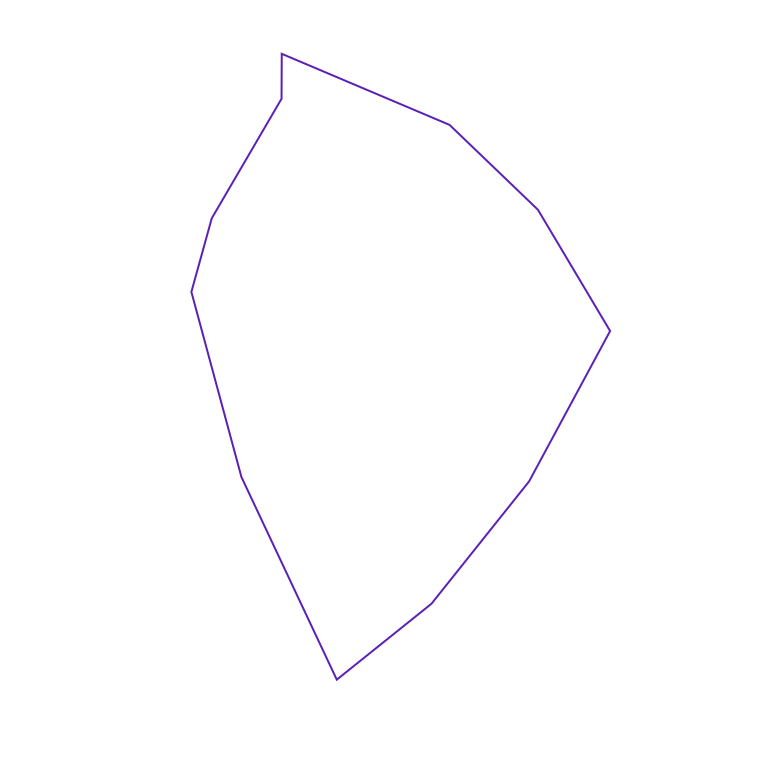 the border of Saint Georges, rotated 193°
{"feature_id": "MSR-5088", "entity_name": "Saint Georges", "entity_type": "Parish", "adm_level": 1, "iso_a3": "MSR", "parent_name": "Montserrat", "parent_adm1": "", "projection": "orthographic", "projection_center": [-62.166, 16.749], "detail": "fine", "context": "isolated", "style": "outline", "palette": "violet", "viewbox_px": 768, "rotation_deg": 193, "n_neighbors": 0, "source": "natural_earth", "source_scale": "10m", "svg_char_len": 308}
<svg xmlns="http://www.w3.org/2000/svg" viewBox="0 0 768 768"><g transform="rotate(193 384 384)"><path d="M363.5,85.3L502.0,261.3L592.4,430.4L589.1,506.7L548.0,638.9L557.9,682.7L378.4,651.2L273.2,588.4L175.6,486.5L220.7,321.8L288.3,180.6L363.5,85.3Z" fill="none" stroke="#5b21b6" stroke-width="2"/></g></svg>